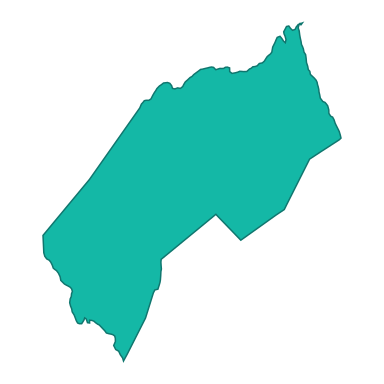 the district of Marcionílio Souza, Bahia, Brazil
{"feature_id": "56859067B20080017614460", "entity_name": "Marcionílio Souza", "entity_type": "district", "adm_level": 2, "iso_a3": "BRA", "parent_name": "Brazil", "parent_adm1": "Bahia", "projection": "equal_earth", "projection_center": [-40.653, -13.154], "detail": "fine", "context": "isolated", "style": "filled", "palette": "teal", "viewbox_px": 384, "rotation_deg": 0, "n_neighbors": 0, "source": "geoboundaries", "source_scale": "gbopen_adm2", "svg_char_len": 2629}
<svg xmlns="http://www.w3.org/2000/svg" viewBox="0 0 384 384"><path d="M141.4,104.1L139.8,107.9L89.5,179.4L43.0,235.4L43.8,252.8L44.8,256.3L46.7,258.9L49.2,260.2L50.8,262.2L52.2,265.0L53.3,268.2L54.9,269.5L56.5,270.6L58.4,273.1L60.1,276.7L60.8,280.4L62.6,282.2L64.4,284.0L66.3,285.1L68.1,286.0L70.2,287.2L71.6,288.8L72.4,291.5L71.5,293.8L71.3,296.4L70.2,298.9L69.7,302.7L70.5,305.9L71.7,308.9L72.2,311.9L74.1,314.9L75.2,317.7L76.3,320.7L77.6,323.0L79.3,323.7L81.7,323.7L83.8,320.4L84.7,317.9L86.3,319.1L87.5,322.7L89.6,323.0L89.6,320.2L91.8,320.4L93.8,321.1L95.7,322.8L97.7,324.2L99.3,325.0L101.3,327.1L103.2,329.1L104.8,330.8L106.4,333.0L108.8,333.7L111.4,334.2L113.1,334.8L114.7,336.0L115.3,338.3L115.4,341.5L113.7,345.5L115.7,349.5L118.7,351.2L120.3,354.7L122.6,358.0L123.5,361.0L127.3,354.0L145.5,318.1L151.5,298.9L153.4,292.8L154.9,289.9L157.9,289.2L159.3,284.8L160.0,282.3L160.4,280.0L160.7,276.0L160.9,271.6L161.4,269.0L161.1,265.6L160.9,262.1L161.2,259.3L166.9,254.6L215.9,214.3L218.5,217.1L221.4,220.1L240.8,240.2L276.1,215.0L284.3,209.5L286.5,205.0L302.1,174.0L309.6,159.1L320.7,151.8L339.4,139.7L341.0,138.1L340.3,135.1L339.2,131.4L337.6,128.2L336.2,125.4L335.1,123.1L334.1,119.9L332.6,117.1L330.7,116.2L328.9,113.4L328.8,109.9L327.7,105.8L326.3,103.9L325.0,102.4L322.8,101.5L320.3,98.1L319.7,94.8L319.0,91.9L318.8,89.5L318.2,86.8L317.5,84.5L317.1,82.3L316.1,80.2L314.2,78.0L312.4,76.3L310.4,74.4L309.8,71.3L308.3,69.6L307.7,66.2L306.5,62.6L306.1,58.1L305.6,54.6L304.0,52.1L303.4,49.0L302.6,46.8L301.5,44.5L301.0,41.3L300.2,37.7L299.7,34.9L299.2,30.9L298.2,27.9L299.1,24.2L296.5,26.5L295.1,29.4L292.6,30.3L290.6,28.5L288.8,26.0L286.5,26.5L285.0,29.4L283.7,31.8L284.1,34.0L285.0,36.0L286.0,39.6L285.3,42.7L283.5,41.1L281.9,38.6L280.0,36.3L277.2,37.4L276.0,40.0L275.0,42.5L272.7,47.1L271.8,52.2L270.3,54.1L268.8,55.2L267.2,56.6L265.7,58.9L264.3,61.2L262.3,62.9L259.3,63.5L257.2,65.8L255.2,66.5L252.8,66.8L251.3,68.2L249.5,69.0L246.8,71.5L243.6,71.6L241.4,71.4L239.7,71.3L237.9,72.1L235.4,72.8L232.0,73.4L229.7,71.6L229.6,67.9L227.3,67.1L225.3,67.3L223.7,68.4L221.7,68.5L219.9,68.4L218.1,69.0L215.8,69.7L213.6,67.4L211.6,67.0L209.4,67.4L207.7,67.9L205.4,68.4L202.3,69.2L200.6,69.4L198.7,70.9L196.1,72.8L193.7,74.6L192.1,76.4L190.1,77.5L187.6,79.9L185.3,81.9L183.8,84.4L182.7,86.6L180.4,88.4L177.6,87.9L174.9,88.9L172.5,88.4L171.6,85.6L169.8,83.3L167.4,82.5L165.3,82.8L163.5,83.0L161.5,84.6L159.4,86.0L156.9,88.6L155.7,90.7L154.5,92.4L152.8,95.3L151.0,98.9L148.9,100.3L146.0,100.3L144.3,100.7L143.0,102.4L141.4,104.1ZM299.1,24.2L301.0,24.8L302.3,23.0L299.1,24.2Z" fill="#14b8a6" stroke="#0f766e" stroke-width="1.5"/></svg>